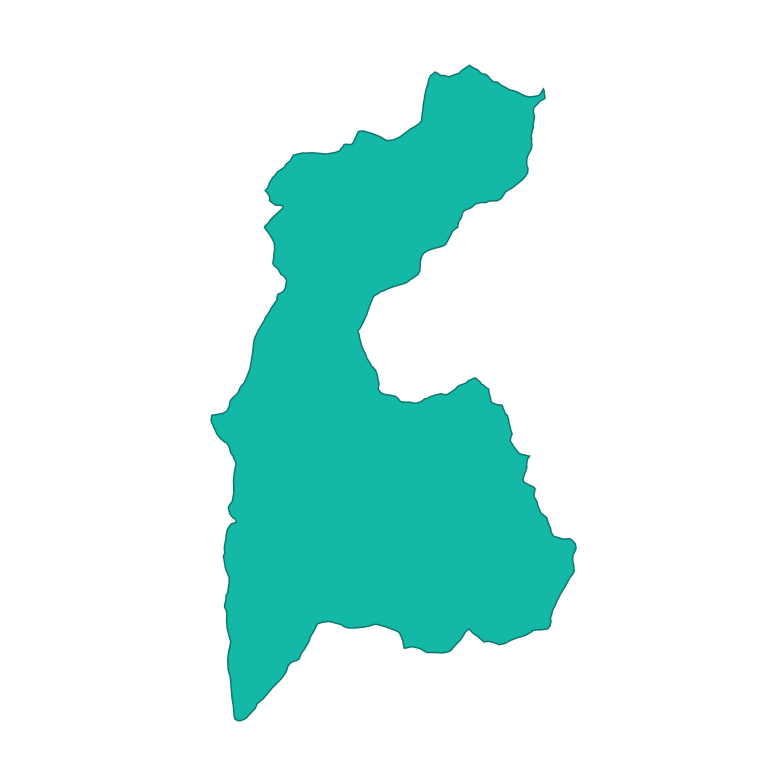 the district of Dangchhu, Wangdi Phodrang, Bhutan, rotated 165°
{"feature_id": "84629894B29332894979808", "entity_name": "Dangchhu", "entity_type": "district", "adm_level": 2, "iso_a3": "BTN", "parent_name": "Bhutan", "parent_adm1": "Wangdi Phodrang", "projection": "natural_earth1", "projection_center": [90.174, 27.6], "detail": "fine", "context": "isolated", "style": "filled", "palette": "teal", "viewbox_px": 768, "rotation_deg": 165, "n_neighbors": 0, "source": "geoboundaries", "source_scale": "gbopen_adm2", "svg_char_len": 6165}
<svg xmlns="http://www.w3.org/2000/svg" viewBox="0 0 768 768"><g transform="rotate(165 384 384)"><path d="M254.2,672.0L255.6,671.2L258.9,669.9L261.4,667.4L263.7,663.0L267.5,657.0L270.0,651.9L271.2,648.9L273.5,644.3L275.6,638.5L279.1,630.2L279.3,628.7L280.6,627.7L282.7,626.4L287.6,624.6L292.6,623.4L304.6,618.5L307.7,617.9L312.0,617.4L317.6,618.2L318.7,618.7L323.5,623.6L327.7,626.9L331.4,629.5L335.0,631.5L338.3,633.7L342.1,634.6L343.7,634.3L350.3,626.2L352.6,624.0L354.9,624.0L359.1,625.6L361.0,625.4L361.9,624.2L363.2,623.2L365.1,622.2L366.4,620.6L370.7,620.3L379.5,620.9L382.8,622.0L389.7,624.6L394.6,626.2L399.2,627.1L402.7,628.2L412.1,628.5L414.5,626.4L416.5,624.1L422.0,621.4L424.1,619.1L431.7,616.6L435.8,613.4L438.4,612.0L442.5,607.9L445.7,603.4L448.7,601.5L447.3,599.0L446.0,594.5L447.0,590.5L442.6,584.9L436.5,583.0L435.6,581.3L435.9,580.2L446.5,574.7L450.4,572.5L454.0,569.5L458.2,567.2L458.9,566.1L456.8,560.8L455.3,556.4L454.2,552.4L453.5,547.9L454.3,544.8L454.9,541.7L456.2,539.5L458.4,533.0L460.0,529.9L460.0,527.9L457.8,524.2L456.4,522.2L455.3,516.7L453.2,514.7L451.5,511.2L451.5,508.6L454.7,502.0L456.9,499.7L460.4,498.4L462.9,498.3L464.4,496.5L465.9,492.7L473.3,486.4L475.3,484.2L478.3,481.3L480.9,479.4L483.5,476.0L491.3,468.6L495.6,463.5L497.9,460.3L500.2,455.2L501.9,450.2L509.5,433.4L518.5,421.3L522.1,419.2L524.4,417.1L527.1,413.5L529.5,411.9L535.0,409.1L537.2,407.0L539.3,402.2L540.9,400.9L542.7,398.5L546.9,397.4L555.7,398.0L558.3,398.5L560.3,394.2L560.3,390.8L558.4,379.1L555.9,373.3L553.0,369.3L550.9,367.4L549.8,363.1L550.0,357.6L548.4,353.4L548.3,350.5L547.7,348.5L547.5,346.3L547.8,344.4L551.2,338.0L554.4,329.5L557.0,318.3L561.0,309.8L564.3,307.3L566.1,305.4L566.5,303.9L566.4,298.2L564.6,294.1L562.8,292.4L562.2,289.5L562.5,288.5L565.6,288.5L568.3,288.2L570.2,286.3L571.6,285.3L573.2,283.6L575.4,279.2L576.1,277.3L577.5,273.8L579.7,269.5L580.9,266.0L581.6,261.8L583.8,259.1L584.0,254.9L584.3,253.5L584.4,250.0L584.7,248.6L584.9,246.7L584.1,241.4L584.1,239.9L583.5,237.3L585.2,231.6L586.6,228.5L587.7,225.7L589.6,221.9L590.7,221.3L591.6,219.9L592.2,217.2L594.6,212.8L595.8,209.9L595.3,207.5L594.9,204.8L595.2,203.3L597.3,196.1L598.8,187.9L598.8,174.3L603.1,166.1L606.4,157.8L608.4,148.6L608.4,140.3L612.1,119.8L612.9,111.5L614.6,102.8L614.6,98.6L611.8,96.4L609.4,96.0L606.6,96.2L603.2,97.1L601.4,98.5L592.2,104.1L589.4,108.0L581.7,111.5L570.7,119.3L559.7,125.7L554.3,130.0L552.2,132.4L549.8,136.4L546.4,138.8L544.0,139.5L539.4,139.6L537.0,140.5L533.8,145.1L532.2,146.5L529.8,148.0L528.4,149.7L524.7,153.0L522.9,155.1L520.8,158.5L513.8,165.5L511.9,168.1L510.4,169.5L505.5,169.8L501.2,169.3L497.7,168.6L487.6,162.6L485.2,159.8L481.1,157.4L475.0,155.8L467.6,154.6L460.4,154.0L457.3,154.4L453.8,154.1L445.0,148.9L436.7,143.0L433.5,140.0L432.2,131.7L432.8,125.8L432.8,123.4L424.8,123.0L418.0,119.4L412.3,113.7L396.0,108.9L390.9,108.8L388.2,109.4L384.3,112.3L376.6,116.9L373.0,120.0L368.8,124.0L365.0,125.5L363.9,122.7L362.2,119.7L358.5,115.5L354.3,109.0L350.1,108.5L347.3,107.2L342.3,104.2L340.5,102.5L337.6,102.2L334.2,102.2L327.5,103.7L320.7,104.4L316.1,104.4L312.4,104.7L307.1,105.9L303.6,107.4L300.8,107.1L296.3,106.0L289.5,105.0L286.2,107.4L284.2,111.2L283.7,115.4L282.3,116.9L279.8,121.7L276.9,124.8L272.9,129.9L267.1,136.2L260.0,142.9L255.1,148.4L251.4,151.2L248.9,153.5L247.6,160.6L247.5,164.5L245.9,169.6L243.0,172.8L240.9,175.8L240.6,180.2L242.3,183.7L244.7,186.6L250.7,187.6L259.2,192.8L260.0,194.3L260.9,197.5L260.5,201.4L261.3,207.9L261.5,213.0L265.9,218.8L266.0,221.1L266.8,224.9L266.8,228.7L266.6,230.3L268.1,236.0L268.1,237.5L265.2,243.5L266.0,245.6L270.9,249.7L273.8,252.5L274.6,254.0L274.2,256.4L271.7,260.6L269.2,263.8L267.8,266.0L267.1,269.3L265.6,273.0L264.3,274.9L262.0,276.6L269.7,280.6L271.4,282.0L273.3,286.0L275.4,291.6L276.8,296.5L275.2,299.9L273.4,302.1L273.2,304.1L273.5,306.5L273.3,309.6L273.3,314.0L272.9,318.2L273.0,321.8L274.5,323.6L274.7,326.7L275.3,329.6L275.2,332.6L276.3,333.4L279.6,334.4L284.2,337.7L285.2,339.9L284.6,343.3L284.9,345.6L284.7,348.9L284.2,352.0L286.1,353.9L288.5,357.5L290.0,358.7L290.5,360.9L292.4,363.4L293.9,366.1L295.9,366.3L298.3,365.7L301.2,365.5L305.0,363.6L311.7,363.1L313.1,362.6L317.4,360.1L323.6,358.1L326.3,357.4L328.2,358.1L331.4,359.8L337.5,360.1L342.4,359.8L346.2,358.8L348.6,359.1L353.0,357.3L357.4,357.1L359.5,357.5L364.3,360.0L367.9,360.8L372.5,362.7L373.0,363.5L374.6,367.1L376.4,369.3L378.4,370.2L381.0,371.7L386.4,374.0L389.4,376.5L391.0,380.5L389.4,384.1L388.6,386.3L388.8,388.2L388.3,392.9L388.3,397.1L388.7,399.6L390.2,402.9L391.6,404.7L391.7,406.2L392.7,409.9L393.8,412.9L394.0,417.3L395.4,423.2L395.6,425.4L395.7,434.2L395.2,438.1L395.7,441.2L395.4,442.4L393.0,443.8L388.8,448.3L382.8,455.4L378.7,461.7L371.9,470.8L370.0,471.9L366.2,472.8L363.8,474.0L360.4,474.1L355.7,475.1L347.7,475.7L341.2,475.7L336.0,476.1L331.4,478.0L328.2,479.0L322.9,481.0L320.2,484.0L318.2,489.5L317.2,493.1L314.6,497.4L312.0,500.0L307.1,501.6L301.2,502.0L293.1,501.9L290.6,502.2L288.3,502.8L282.2,509.3L278.7,513.5L276.0,515.1L272.1,516.3L271.3,518.6L269.9,521.5L267.8,523.1L265.8,525.3L265.2,526.9L263.0,529.8L260.1,531.2L255.8,531.4L253.5,532.0L249.4,534.1L247.3,534.3L242.5,534.1L239.8,533.1L237.8,532.8L236.1,533.5L232.2,533.0L228.2,531.8L225.9,531.9L222.6,533.0L217.1,537.9L214.5,539.0L208.9,540.4L197.9,545.3L195.5,546.7L193.1,548.4L190.4,551.2L189.3,554.6L189.2,556.4L189.6,558.2L188.0,564.0L186.2,567.1L180.6,573.3L179.5,576.2L178.6,580.5L178.0,582.2L177.7,585.4L174.8,591.2L173.6,592.4L173.0,595.5L170.4,601.1L169.4,603.5L169.2,605.3L169.4,607.6L168.5,610.9L167.6,612.1L163.1,614.8L160.2,616.9L155.6,617.8L154.3,618.6L154.3,621.1L153.4,626.1L153.7,627.8L157.9,623.7L159.5,622.6L162.8,622.7L168.6,623.5L169.7,623.8L174.0,626.2L179.4,631.3L183.0,633.8L186.4,635.5L191.0,640.1L193.6,642.3L196.1,646.0L197.8,646.8L199.8,647.3L201.5,649.6L202.7,651.5L203.7,654.3L204.9,655.9L206.4,657.3L208.9,658.0L210.9,660.7L211.7,662.4L213.2,664.1L214.7,665.1L217.6,668.0L218.7,669.6L220.7,669.1L228.3,666.5L230.7,664.8L237.6,664.4L240.4,663.9L242.1,664.1L244.7,665.5L245.6,666.3L248.9,667.1L250.8,668.9L253.3,671.8L254.2,672.0Z" fill="#14b8a6" stroke="#0f766e" stroke-width="1.5"/></g></svg>